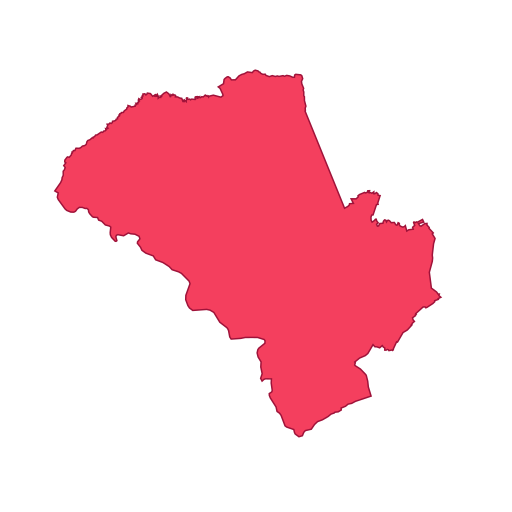 outline of Khao Yoi, Phetchaburi, Thailand, rotated 345°
{"feature_id": "78962969B82781798168468", "entity_name": "Khao Yoi", "entity_type": "district", "adm_level": 2, "iso_a3": "THA", "parent_name": "Thailand", "parent_adm1": "Phetchaburi", "projection": "orthographic", "projection_center": [99.804, 13.23], "detail": "fine", "context": "isolated", "style": "filled", "palette": "rose", "viewbox_px": 512, "rotation_deg": 345, "n_neighbors": 0, "source": "geoboundaries", "source_scale": "gbopen_adm2", "svg_char_len": 5961}
<svg xmlns="http://www.w3.org/2000/svg" viewBox="0 0 512 512"><g transform="rotate(345 256 256)"><path d="M346.9,93.7L346.1,92.6L341.4,90.8L340.2,91.2L339.4,93.3L337.8,92.9L335.2,90.8L332.4,89.5L330.0,89.8L328.8,88.8L324.7,88.5L323.2,87.6L321.1,87.6L318.4,86.0L315.3,86.2L312.3,84.1L312.0,82.8L309.6,82.3L307.7,80.6L307.4,79.5L306.5,79.0L305.8,77.7L303.3,76.3L301.5,76.7L299.9,77.9L295.4,76.0L291.9,76.9L289.3,76.9L286.2,77.6L281.7,80.5L277.8,79.5L277.1,77.3L275.6,75.7L274.6,75.5L272.2,76.4L270.9,77.2L269.2,81.2L263.3,82.9L264.7,84.8L265.8,91.3L265.6,92.6L263.2,93.5L256.4,89.6L252.2,89.5L251.4,90.2L251.3,89.0L250.4,89.1L250.1,88.3L249.3,88.5L248.6,87.4L246.3,88.7L244.8,88.1L243.4,88.7L242.7,88.4L242.8,87.6L241.7,88.1L241.6,87.3L241.0,87.1L240.5,87.7L240.8,88.3L240.3,88.5L239.9,88.3L240.3,86.8L238.6,86.6L238.0,87.5L238.2,88.9L237.8,89.1L234.5,87.8L233.1,88.2L232.6,87.3L231.2,87.2L230.5,86.5L230.8,85.6L229.8,85.3L229.5,85.7L230.0,86.8L228.8,87.7L228.6,88.7L227.1,86.5L226.2,87.0L226.5,88.2L225.4,87.9L225.1,84.5L223.1,83.6L221.5,82.1L219.3,81.4L219.9,80.4L219.7,79.8L218.5,79.1L217.8,79.2L217.6,78.3L216.6,79.1L215.6,78.1L214.9,79.9L214.4,79.9L213.8,76.8L211.9,74.4L209.1,75.0L206.6,76.3L206.2,77.3L204.9,76.6L204.8,77.1L205.4,77.6L205.0,78.2L204.1,77.6L202.4,78.3L202.9,76.6L201.4,76.0L202.8,75.7L202.5,74.2L201.4,75.3L200.8,74.1L199.7,74.3L199.5,75.4L198.5,74.7L197.5,75.0L196.1,71.8L193.2,70.5L192.4,71.5L191.3,71.9L190.6,70.5L188.7,70.3L188.6,71.2L187.8,71.5L188.0,72.3L186.4,73.0L187.1,73.7L186.8,74.4L185.2,74.9L184.3,74.3L183.8,74.9L183.4,73.9L182.7,74.9L183.2,76.2L182.4,76.2L182.2,77.3L181.1,77.4L181.1,78.2L179.5,77.5L179.7,78.8L178.2,79.0L178.1,80.0L174.0,79.8L173.5,78.9L171.3,77.5L170.9,78.9L169.5,79.6L169.2,80.6L166.3,81.7L165.1,83.0L163.1,82.6L162.7,83.2L161.2,83.4L161.1,84.0L160.1,84.4L160.5,85.2L158.0,86.3L157.8,87.6L156.3,87.7L155.7,88.6L154.1,88.9L152.3,88.7L151.8,89.9L150.4,90.5L149.4,89.7L148.1,90.5L146.3,90.2L146.6,91.5L145.2,93.2L146.1,94.2L144.6,94.7L143.7,94.1L143.7,95.5L142.5,96.1L141.3,95.9L139.9,96.9L138.6,96.2L133.8,97.9L132.3,97.7L131.0,98.9L129.4,99.1L129.2,99.8L128.2,99.5L125.7,100.7L123.5,100.9L122.3,101.8L120.9,104.3L119.1,105.0L116.8,104.9L114.7,106.0L113.1,106.2L110.0,105.3L108.3,107.3L106.9,106.9L106.0,108.0L105.1,108.0L105.1,109.0L104.4,109.3L103.7,110.6L101.2,112.3L99.6,111.5L98.9,111.8L96.2,113.9L95.6,115.6L96.4,116.8L93.7,118.9L94.6,121.2L93.1,123.3L91.7,124.2L90.7,128.2L89.1,130.0L88.2,132.2L86.2,134.6L78.5,141.1L81.3,143.9L79.3,147.8L79.6,150.3L83.8,161.2L85.0,163.0L88.4,165.6L91.4,166.5L93.2,166.1L95.6,164.2L97.9,163.3L100.8,164.1L103.3,165.9L104.9,166.2L106.1,167.8L105.8,170.1L106.3,172.1L108.2,175.8L109.1,176.5L112.9,177.8L113.3,180.6L116.0,182.5L118.5,187.0L122.3,189.2L123.2,190.5L121.2,195.7L120.8,197.8L121.3,200.7L123.8,205.3L124.6,205.6L125.6,205.2L125.6,201.1L126.5,199.9L128.0,199.6L133.4,202.2L138.7,200.7L140.7,202.1L144.7,203.6L148.2,206.7L148.3,209.4L145.3,211.6L144.7,213.0L146.7,217.6L147.3,221.0L150.3,224.7L156.8,229.3L158.1,233.7L164.4,238.2L169.4,243.7L171.4,247.5L177.2,251.3L179.5,253.5L184.9,263.0L185.1,265.7L178.1,275.8L176.8,280.0L177.4,286.3L178.3,289.0L180.8,292.2L194.5,294.8L197.6,296.4L200.7,299.6L203.9,310.6L209.4,317.8L209.9,319.2L210.2,321.0L209.7,327.4L210.5,329.8L219.9,331.6L224.6,331.9L231.1,333.6L236.5,335.1L242.3,338.8L242.8,340.2L242.0,342.6L234.8,345.8L233.5,347.0L232.0,349.9L231.9,354.1L233.5,359.6L231.9,364.5L231.5,371.3L228.8,375.4L229.5,378.4L231.8,377.2L233.5,377.1L239.1,378.7L237.8,382.7L236.9,390.0L236.0,391.4L233.2,392.3L232.8,394.1L233.1,396.8L236.3,407.0L236.1,411.6L238.1,414.0L239.0,416.4L240.1,427.6L241.4,429.2L247.6,433.4L247.5,436.5L247.8,438.1L250.7,441.7L254.3,441.6L256.5,438.7L258.5,437.4L264.6,437.6L268.9,433.9L272.6,431.9L277.8,431.4L284.1,429.7L287.6,428.1L290.9,427.9L291.8,427.3L295.1,427.8L298.5,426.8L298.9,424.9L303.6,424.3L306.6,422.9L310.3,423.1L314.5,422.1L330.9,421.1L330.6,411.6L331.5,405.8L331.6,400.2L331.4,399.1L327.6,392.2L323.5,387.7L323.1,386.8L324.3,384.8L323.9,384.0L329.6,381.4L335.8,380.5L338.8,379.1L346.1,371.9L347.3,374.4L349.2,375.0L351.7,376.7L354.8,375.2L355.4,376.9L356.6,378.2L356.0,380.2L357.2,380.6L358.8,380.3L359.6,380.8L359.9,381.8L363.0,382.0L363.5,382.6L364.4,382.1L364.6,381.3L369.6,375.3L370.2,375.8L370.6,375.6L378.2,368.0L383.1,366.6L388.4,363.2L388.1,362.8L389.2,362.2L389.4,361.5L392.1,360.2L391.2,358.3L391.2,356.2L394.6,354.9L394.5,354.3L395.7,353.7L395.4,353.0L404.2,348.5L406.1,348.9L406.6,350.0L408.0,349.8L414.5,347.7L416.8,346.4L417.0,345.4L420.9,345.1L420.9,344.3L423.9,343.7L422.4,341.5L423.2,340.2L422.0,339.9L421.1,337.5L417.1,332.4L419.2,316.6L424.9,306.8L426.1,303.6L426.5,300.7L430.7,290.1L433.5,285.4L432.0,280.3L433.2,279.6L430.3,274.1L430.7,273.3L429.2,270.4L429.6,268.8L427.3,268.4L423.2,269.9L422.1,269.2L421.3,266.8L426.8,266.7L426.3,263.8L420.8,265.1L419.8,264.6L418.8,265.0L417.4,264.0L416.9,264.4L417.2,267.5L414.7,268.8L414.8,270.8L410.3,270.2L408.1,270.9L408.1,265.3L406.9,266.0L405.3,266.1L403.1,264.5L402.4,262.5L402.9,261.6L401.9,260.6L400.4,262.6L399.9,262.7L399.1,262.0L398.3,259.4L395.2,258.8L394.2,256.7L393.2,255.7L392.0,255.7L390.9,256.9L390.5,254.9L389.5,254.4L388.1,255.4L387.1,257.2L384.0,256.7L382.1,258.7L381.0,258.6L380.7,256.5L382.6,255.6L381.7,253.5L381.6,251.5L380.9,251.4L379.5,252.4L376.9,253.3L376.4,251.4L377.1,248.2L378.4,246.4L379.7,246.6L385.7,237.5L387.3,237.7L387.3,236.4L391.5,229.8L389.7,229.0L389.9,227.5L388.8,225.9L386.8,226.6L385.9,226.3L386.4,224.5L384.2,225.4L382.8,224.2L381.6,224.3L381.3,223.7L382.5,222.3L380.9,221.9L379.9,223.3L379.0,223.4L377.9,223.4L377.4,222.7L371.9,223.4L370.1,224.2L370.1,225.3L367.5,226.7L362.7,225.4L363.7,230.4L359.9,229.7L359.2,231.0L357.5,231.9L353.9,232.8L340.9,128.7L341.3,128.4L341.8,125.9L343.0,124.2L343.0,118.5L344.0,114.6L343.6,113.6L344.6,110.0L344.5,107.8L345.4,106.4L344.8,101.7L345.1,99.1L347.0,96.8L346.9,93.7Z" fill="#f43f5e" stroke="#9f1239" stroke-width="1.5"/></g></svg>